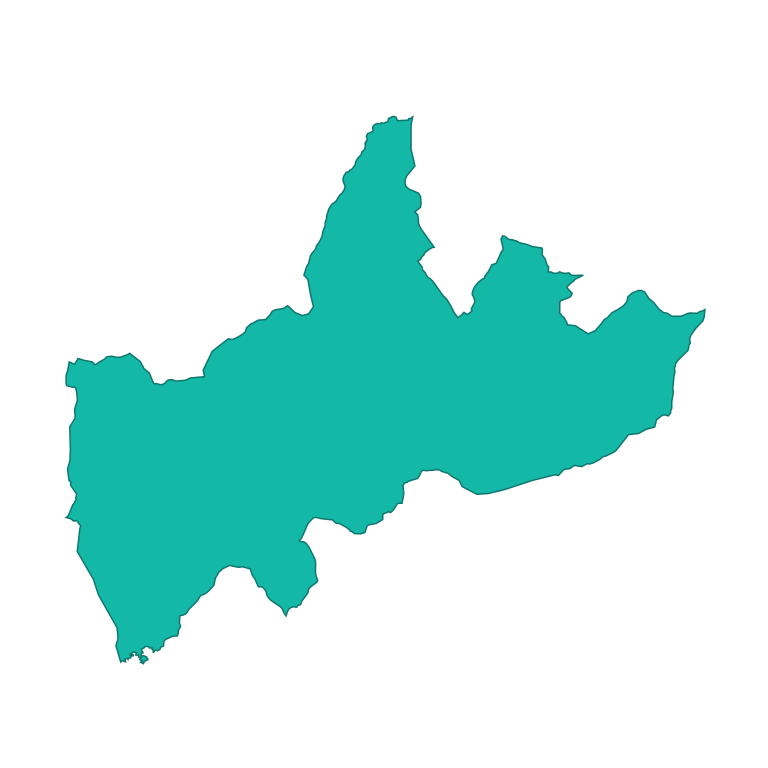 outline of Awutu Senya, Central, Ghana, rotated 267°
{"feature_id": "2480657B19246099956301", "entity_name": "Awutu Senya", "entity_type": "district", "adm_level": 2, "iso_a3": "GHA", "parent_name": "Ghana", "parent_adm1": "Central", "projection": "orthographic", "projection_center": [-0.532, 5.62], "detail": "fine", "context": "isolated", "style": "filled", "palette": "teal", "viewbox_px": 768, "rotation_deg": 267, "n_neighbors": 0, "source": "geoboundaries", "source_scale": "gbopen_adm2", "svg_char_len": 6131}
<svg xmlns="http://www.w3.org/2000/svg" viewBox="0 0 768 768"><g transform="rotate(267 384 384)"><path d="M422.5,70.8L414.4,68.9L409.1,67.0L401.0,66.5L399.0,67.1L397.6,71.0L396.7,75.7L392.7,76.6L383.9,77.0L374.9,73.7L366.3,73.9L357.8,68.0L333.7,67.3L323.7,66.3L315.4,63.5L304.1,64.4L302.6,66.0L299.2,65.8L289.9,71.4L286.5,70.2L285.0,70.6L280.8,68.1L279.7,66.9L269.1,61.9L267.3,59.6L266.0,63.9L263.4,66.9L263.7,69.8L258.3,73.6L254.9,72.6L232.8,68.9L204.1,83.6L188.4,87.8L154.5,104.7L143.6,105.1L136.7,102.6L120.1,106.5L121.4,108.0L120.1,111.4L122.9,110.8L123.2,113.3L122.3,114.0L123.6,114.4L123.7,116.6L125.5,117.4L125.7,119.4L126.3,119.6L127.0,118.8L126.5,116.2L127.4,116.4L129.2,119.2L129.4,120.5L128.4,122.9L126.5,121.8L126.2,122.1L126.1,124.5L125.5,125.0L124.1,124.8L123.9,127.3L121.9,125.7L120.9,126.3L120.6,128.0L120.0,128.3L118.8,126.4L117.3,129.2L119.6,130.2L120.9,133.7L121.7,133.7L122.1,133.1L123.7,132.8L125.1,130.2L125.1,128.5L126.5,127.0L127.7,127.4L128.1,129.3L128.7,129.3L130.3,128.0L131.9,128.1L133.0,130.5L134.4,131.7L134.1,135.0L132.5,136.3L132.7,138.4L131.0,138.6L130.2,139.7L128.5,139.4L128.1,140.0L130.4,141.5L130.4,142.8L129.4,143.6L130.5,146.2L132.9,147.3L133.8,150.1L138.6,150.8L140.4,152.7L143.3,160.0L143.2,164.4L145.4,165.4L148.7,165.7L152.0,167.9L153.5,168.0L156.1,167.2L163.3,168.0L163.7,171.1L164.9,174.2L169.3,177.5L177.1,186.1L182.6,190.0L183.2,192.9L184.7,195.7L187.4,199.1L192.0,203.6L199.0,205.5L204.6,209.1L207.8,213.0L210.9,220.2L208.5,229.3L208.9,233.1L206.4,240.7L199.6,242.6L195.9,245.0L188.0,247.9L187.8,251.1L186.9,252.7L183.4,255.2L179.4,256.0L176.6,257.5L173.7,259.9L167.0,268.8L165.0,270.6L160.9,272.0L157.5,274.0L162.0,275.8L164.7,277.5L166.4,281.7L165.6,285.0L167.3,286.4L168.1,289.1L171.8,290.8L179.4,297.1L183.3,298.0L185.6,300.6L189.5,306.5L191.4,307.6L195.4,306.2L199.1,305.7L209.8,306.4L213.6,305.5L224.9,300.6L228.9,297.9L230.8,295.2L231.1,291.6L232.4,291.3L233.4,292.9L236.8,294.9L248.1,300.5L252.3,304.4L254.3,306.9L254.3,309.3L252.8,314.3L251.0,325.4L247.6,328.7L246.7,332.7L242.4,339.5L240.0,342.2L238.9,342.4L238.2,344.3L236.1,346.9L235.6,352.9L236.7,357.2L242.9,359.6L244.0,360.9L245.1,368.8L248.7,375.6L254.1,376.0L256.2,381.9L255.3,383.9L257.7,386.8L263.7,391.0L264.1,392.5L264.0,395.8L273.5,398.0L281.5,397.7L284.1,399.3L284.5,401.6L285.8,404.0L287.9,412.5L290.7,414.7L294.8,416.7L295.9,418.5L295.2,421.5L295.6,434.1L293.6,437.3L291.5,443.1L287.2,448.3L284.0,453.8L277.4,456.8L269.0,471.0L269.2,482.8L272.4,499.4L280.0,527.4L284.4,550.1L283.5,553.3L289.3,559.2L289.8,565.3L292.7,569.6L291.2,577.2L293.7,582.5L293.4,585.7L294.4,589.2L297.3,595.4L300.1,599.0L300.4,601.7L304.3,610.7L305.7,612.5L320.7,625.6L321.2,635.4L325.2,643.9L326.8,652.0L334.3,654.4L334.8,655.6L337.6,659.3L338.6,662.0L337.3,666.4L340.3,668.8L342.2,668.9L344.7,670.1L351.1,670.4L361.4,672.7L363.5,672.0L377.3,674.1L380.6,675.2L384.9,674.8L386.8,675.9L388.9,676.1L392.8,679.3L401.5,689.2L404.3,690.2L406.1,690.2L408.8,692.0L413.2,691.6L416.7,693.1L423.1,698.1L430.3,705.7L434.0,707.2L441.5,708.4L440.2,705.6L439.8,703.1L438.2,700.6L438.9,693.1L438.3,689.9L437.0,687.5L437.0,686.1L436.1,684.7L436.6,675.0L439.9,670.4L440.8,666.7L444.5,662.4L451.0,657.8L455.8,652.8L462.0,649.3L463.9,646.1L464.1,643.1L462.0,636.7L458.4,632.2L453.3,630.7L449.7,627.3L446.2,621.6L443.4,615.6L438.1,610.0L436.9,607.4L432.6,604.0L426.1,597.6L423.4,590.5L432.2,578.1L433.5,570.2L435.4,569.9L441.3,567.1L442.8,565.2L444.5,564.5L445.2,563.3L446.0,563.2L457.1,563.9L458.1,565.3L460.9,574.1L462.0,575.3L464.7,576.7L470.6,571.6L471.9,572.4L475.9,577.0L476.7,578.7L478.5,580.1L482.2,588.7L482.5,578.0L483.7,575.9L485.3,574.5L485.0,570.8L485.6,567.4L486.9,565.4L485.6,563.2L485.7,559.3L487.2,556.5L487.1,554.0L492.6,554.5L494.3,553.1L500.5,551.5L504.8,548.6L510.0,549.2L511.5,548.9L513.5,539.2L515.9,534.0L518.0,526.7L520.2,523.3L520.4,521.7L521.3,520.0L521.8,516.3L525.2,512.4L525.7,510.1L522.4,508.5L512.2,510.2L509.5,507.9L500.7,503.5L498.5,502.1L497.5,498.0L491.1,494.3L486.6,490.6L484.3,489.7L483.6,487.6L480.5,483.4L476.3,479.6L473.0,477.8L469.8,476.8L468.0,477.0L466.4,478.0L461.4,479.2L454.2,475.0L452.4,475.8L448.8,470.8L451.4,467.6L448.6,464.7L446.4,461.1L452.4,457.4L458.4,454.9L465.6,450.9L469.0,447.7L483.7,438.4L487.1,435.3L488.1,433.4L491.1,431.6L492.5,431.4L496.1,428.4L499.1,428.0L505.1,424.0L506.3,427.0L508.7,428.0L510.7,430.5L512.7,431.3L516.3,436.5L517.7,439.3L517.9,441.3L536.6,429.3L542.0,426.9L548.2,426.9L551.6,426.3L554.2,423.7L558.6,429.7L562.8,430.5L569.3,430.3L572.7,428.5L577.5,418.9L580.2,416.2L583.5,415.5L587.3,415.9L590.7,417.7L600.2,426.3L617.1,423.3L641.3,424.6L649.2,426.6L647.7,424.4L647.7,422.5L646.2,422.0L646.3,411.2L649.7,410.0L650.7,408.1L650.6,406.6L648.9,402.4L646.2,401.8L645.2,401.0L645.4,399.4L644.3,397.7L645.0,395.0L643.9,392.9L644.5,391.0L643.7,388.5L642.5,387.0L640.5,386.1L637.7,386.4L636.8,386.0L634.8,380.6L631.8,379.3L631.0,379.9L628.5,380.0L626.3,378.0L625.5,378.4L625.2,377.8L621.4,377.7L619.1,376.8L616.9,374.0L613.6,372.9L612.9,371.7L609.8,368.8L606.7,367.2L604.3,366.6L600.3,363.3L599.2,360.9L598.1,360.3L597.3,357.3L594.0,354.9L591.2,353.8L588.8,353.8L583.4,355.6L580.4,354.6L576.6,352.0L575.5,350.2L572.3,347.7L569.5,346.1L567.2,343.1L566.7,341.8L562.2,338.3L554.5,335.4L553.0,335.5L548.1,333.7L545.0,333.5L539.4,330.9L534.7,329.9L529.2,326.9L525.8,324.0L522.3,322.7L517.9,318.6L515.7,317.2L508.8,315.2L505.1,312.8L496.9,309.7L492.4,313.5L476.5,315.4L464.9,317.6L458.0,312.4L456.6,306.2L459.9,299.0L467.3,291.8L465.1,288.4L464.4,285.6L463.9,280.0L463.1,277.5L461.8,275.6L459.5,274.3L454.6,269.1L454.3,261.4L451.7,256.6L451.0,254.1L447.3,249.7L443.3,248.2L441.2,245.5L438.2,239.9L436.3,234.8L437.3,230.8L425.6,214.1L407.3,204.2L400.7,205.1L400.2,191.3L398.1,185.7L397.8,176.0L399.3,173.1L399.4,169.5L398.7,167.5L396.0,164.9L395.1,162.7L395.1,160.4L396.2,157.1L396.3,154.9L396.7,154.0L407.4,150.1L411.7,145.3L419.2,141.7L428.0,131.6L427.1,130.3L424.6,122.7L424.7,117.8L426.0,113.9L425.7,108.9L425.2,107.9L423.5,106.4L420.7,100.4L418.7,97.6L418.5,96.4L421.4,93.8L423.3,85.8L425.5,79.8L419.9,76.1L422.5,70.8Z" fill="#14b8a6" stroke="#0f766e" stroke-width="1.5"/></g></svg>